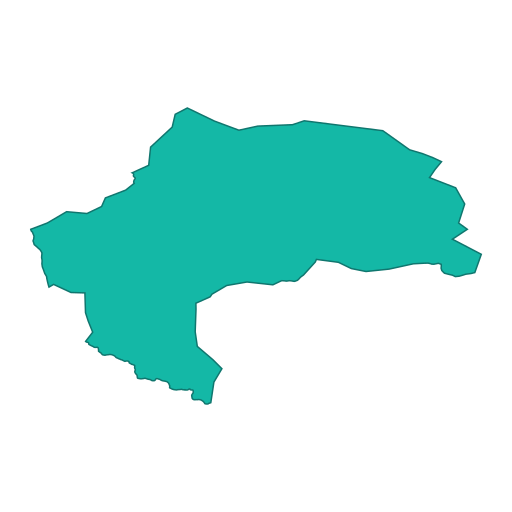 Tu'nel, Hövsgöl, Mongolia
{"feature_id": "93677404B36184620186836", "entity_name": "Tu'nel", "entity_type": "district", "adm_level": 2, "iso_a3": "MNG", "parent_name": "Mongolia", "parent_adm1": "Hövsgöl", "projection": "natural_earth1", "projection_center": [100.473, 49.769], "detail": "fine", "context": "isolated", "style": "filled", "palette": "teal", "viewbox_px": 512, "rotation_deg": 0, "n_neighbors": 0, "source": "geoboundaries", "source_scale": "gbopen_adm2", "svg_char_len": 5533}
<svg xmlns="http://www.w3.org/2000/svg" viewBox="0 0 512 512"><path d="M30.7,229.4L31.3,231.0L32.4,232.1L33.4,234.6L34.0,236.1L33.7,239.0L33.1,240.5L33.1,241.2L33.5,242.2L33.8,243.2L34.2,244.6L36.8,246.8L38.7,248.6L39.8,249.4L41.1,251.3L41.9,252.8L41.9,254.1L41.7,255.7L41.6,257.7L42.0,259.6L42.1,260.9L42.0,262.6L41.9,263.8L42.3,266.6L42.5,267.3L43.2,269.0L44.0,271.3L44.8,273.6L45.6,274.8L46.6,276.6L46.8,278.4L47.6,282.1L48.4,285.2L49.0,287.1L53.6,284.4L71.0,292.5L84.9,292.9L85.5,312.7L88.2,321.0L92.7,332.2L85.6,341.4L85.9,341.7L86.4,342.0L87.0,342.2L87.7,342.3L88.0,342.4L88.5,342.7L88.9,344.4L90.9,345.5L91.5,345.8L92.0,346.0L92.5,346.3L92.8,346.3L93.1,346.5L93.6,346.9L94.1,347.2L94.5,347.3L95.0,347.4L95.6,347.4L95.9,347.4L96.4,347.3L96.9,347.3L97.4,347.3L97.7,347.4L98.0,347.6L98.2,347.9L98.3,348.1L98.3,348.5L98.3,348.8L98.4,349.1L98.5,349.4L98.6,350.4L98.5,350.7L98.5,351.1L98.6,351.3L98.9,351.5L99.4,351.9L99.8,352.2L100.2,352.5L100.6,352.6L100.8,352.8L101.0,353.0L101.3,353.5L101.5,353.7L102.0,354.2L102.3,354.6L102.5,354.7L102.9,354.9L103.5,355.0L104.0,355.1L104.6,355.2L105.1,355.2L105.4,355.1L105.6,355.1L105.8,355.0L106.2,355.0L106.4,354.9L106.6,354.8L107.0,354.8L107.5,354.8L107.9,354.7L108.4,354.7L108.9,354.6L109.3,354.5L109.7,354.5L110.7,354.5L111.2,354.6L111.7,354.7L112.2,354.8L112.4,354.8L112.9,355.1L113.5,355.4L113.9,355.5L114.3,355.7L114.6,355.9L115.1,356.4L115.5,356.8L115.9,357.3L116.4,357.7L117.0,357.9L117.5,358.1L117.9,358.3L118.6,358.7L119.2,358.9L120.0,359.2L121.0,359.7L121.5,359.8L121.9,359.9L122.3,360.0L122.7,360.3L123.1,360.5L123.5,360.7L123.9,360.9L124.3,361.1L124.8,361.3L125.1,361.3L125.5,361.2L125.9,361.1L126.6,361.0L127.3,361.0L127.9,361.1L128.6,361.4L129.1,361.8L129.2,362.2L129.1,362.7L129.2,362.8L129.3,362.9L129.5,363.0L130.1,363.4L130.5,363.6L130.9,363.8L131.4,364.1L131.7,364.3L132.0,364.4L132.3,364.4L132.9,364.6L134.0,365.1L134.5,365.3L134.7,365.5L134.7,365.9L134.7,366.4L134.7,366.8L134.7,367.3L134.6,367.5L134.6,367.8L134.7,368.2L135.1,368.8L135.2,369.1L135.2,369.7L135.2,370.3L135.0,370.8L134.9,371.0L134.8,371.7L134.9,371.9L134.9,372.2L135.0,372.5L135.3,373.0L135.5,373.4L135.8,373.7L136.0,374.1L136.4,374.4L136.7,374.8L136.9,375.1L137.1,375.5L137.2,375.9L137.2,376.1L137.2,376.6L137.3,377.0L137.4,377.8L137.5,378.0L137.9,378.3L138.4,378.4L138.8,378.5L139.4,378.6L139.9,378.7L140.5,378.8L140.9,378.8L141.3,378.8L141.9,378.8L142.3,378.7L142.7,378.6L143.2,378.6L143.8,378.5L144.4,378.3L145.0,378.3L145.3,378.3L145.9,378.5L146.5,378.7L147.1,378.9L147.7,379.1L148.0,379.2L148.6,379.3L149.1,379.4L149.7,379.5L149.9,379.5L150.4,379.7L150.7,379.8L150.8,379.9L151.2,380.2L151.7,380.5L152.2,380.6L152.6,380.7L153.4,380.7L154.1,380.7L154.5,380.6L154.8,380.4L155.0,380.2L155.4,379.8L155.6,379.4L155.8,379.1L156.3,378.7L156.5,378.6L156.9,378.6L157.0,378.6L157.5,378.7L157.8,378.8L158.4,379.0L159.1,379.2L159.8,379.4L160.4,379.7L160.8,380.0L161.3,380.3L161.6,380.4L162.3,380.7L163.1,380.8L163.8,381.0L164.7,381.1L165.5,381.3L166.3,381.5L166.9,381.7L167.4,382.0L167.8,382.4L168.2,382.7L168.6,383.2L169.0,383.9L169.2,384.6L169.4,385.1L169.7,385.6L169.7,385.9L169.7,386.4L169.7,387.2L169.6,387.7L169.7,387.8L169.9,388.0L170.4,388.2L171.0,388.5L171.7,388.9L172.5,389.2L173.2,389.4L173.8,389.6L174.5,389.7L175.4,389.8L176.4,389.9L176.8,389.9L177.0,389.8L177.3,389.7L178.0,389.7L178.3,389.6L178.7,389.6L179.2,389.6L180.0,389.5L180.9,389.4L181.6,389.3L182.2,389.5L183.2,389.8L184.1,389.7L184.6,389.7L185.0,389.7L185.0,390.0L186.2,390.0L186.9,390.0L187.6,389.9L188.1,389.7L188.5,389.4L188.8,389.2L189.1,389.1L189.5,389.0L189.9,389.1L190.1,389.2L190.2,389.6L190.5,389.8L191.0,389.9L191.6,390.0L191.9,390.0L192.7,390.0L192.8,390.1L193.1,390.4L193.2,391.0L193.2,391.5L193.2,392.1L193.2,392.5L193.1,392.9L193.0,393.0L192.9,393.2L192.8,393.5L192.4,393.9L192.1,394.4L191.9,394.8L191.8,395.1L191.7,395.6L191.8,395.9L191.8,396.2L191.9,396.8L192.0,397.4L192.1,397.9L192.2,398.4L192.4,398.6L192.6,398.9L192.8,399.1L193.1,399.3L193.7,399.6L194.1,399.7L194.8,399.7L195.3,399.7L195.5,399.7L196.1,399.6L197.2,399.7L198.2,399.5L200.2,399.7L201.5,400.2L202.3,400.8L203.1,401.3L204.1,402.4L204.8,403.6L206.1,404.0L207.4,404.0L208.1,403.9L208.9,403.3L209.7,403.1L210.8,402.7L213.9,382.1L221.9,368.7L212.9,359.7L197.3,346.4L195.2,331.8L196.0,309.2L195.9,303.2L210.2,296.8L211.9,294.2L226.7,285.5L247.0,282.0L272.9,284.8L280.7,281.1L281.8,280.7L284.2,280.8L286.2,281.1L287.4,281.0L289.1,280.7L291.0,280.8L293.8,281.3L294.8,281.3L297.5,280.3L299.3,278.6L300.0,277.7L301.0,276.8L303.5,275.0L315.3,262.0L316.4,259.4L338.4,262.3L351.4,268.6L351.5,268.6L366.0,271.5L389.1,269.1L413.3,263.8L424.3,263.2L428.1,263.1L430.6,263.7L431.7,264.1L433.9,264.2L438.4,263.3L441.2,264.3L441.3,266.0L441.1,268.2L441.8,270.5L442.7,271.5L444.4,273.2L449.0,274.4L452.5,275.2L455.3,276.6L459.2,276.2L463.0,275.1L465.8,274.2L471.2,273.5L473.8,272.8L474.8,272.6L481.3,254.3L452.4,239.2L467.3,229.3L458.6,223.0L464.7,204.0L455.6,187.7L455.4,187.7L429.5,177.6L435.2,169.3L435.3,169.2L441.5,161.7L433.2,157.8L422.7,153.7L409.6,149.8L382.8,130.7L304.2,120.8L292.5,124.7L257.8,126.1L238.9,130.2L214.5,121.1L187.3,108.0L175.2,114.3L172.2,127.1L150.6,147.1L148.7,165.3L132.2,172.8L133.0,173.2L133.3,173.7L133.7,174.3L133.7,174.8L133.6,175.1L133.4,175.5L133.4,176.0L133.7,176.5L134.2,177.0L134.7,177.4L135.0,177.7L135.2,178.0L135.2,178.6L134.4,179.6L134.0,180.5L133.7,181.4L133.7,182.3L134.2,183.3L125.7,190.1L105.4,197.9L101.6,206.5L87.0,213.5L66.6,211.7L47.3,223.0L30.7,229.3L30.7,229.4Z" fill="#14b8a6" stroke="#0f766e" stroke-width="1.5"/></svg>